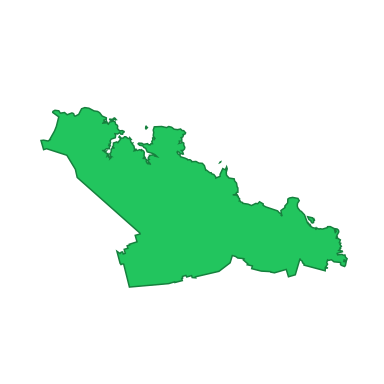 the district of West Tamar, Tasmania, Australia, rotated 335°
{"feature_id": "25037944B75055977098300", "entity_name": "West Tamar", "entity_type": "district", "adm_level": 2, "iso_a3": "AUS", "parent_name": "Australia", "parent_adm1": "Tasmania", "projection": "equal_earth", "projection_center": [146.895, -41.264], "detail": "fine", "context": "isolated", "style": "filled", "palette": "green", "viewbox_px": 384, "rotation_deg": 335, "n_neighbors": 0, "source": "geoboundaries", "source_scale": "gbopen_adm2", "svg_char_len": 6075}
<svg xmlns="http://www.w3.org/2000/svg" viewBox="0 0 384 384"><g transform="rotate(335 192 192)"><path d="M99.6,228.5L95.1,251.7L132.2,265.2L138.3,266.1L138.2,266.8L145.8,268.2L146.1,266.0L147.0,266.2L147.7,264.5L151.2,265.0L151.3,266.8L156.3,267.6L156.0,269.6L159.1,271.4L159.2,270.3L182.9,275.3L196.6,272.3L201.7,266.6L204.3,268.9L205.6,271.2L210.7,274.2L211.0,274.7L209.8,275.2L212.2,280.7L211.3,281.3L215.5,284.5L213.7,286.7L221.4,293.0L229.6,297.4L229.5,297.9L232.6,300.1L244.7,302.0L243.6,309.6L250.6,310.7L261.9,297.9L261.5,299.2L262.7,301.4L262.3,302.9L263.1,304.4L262.6,305.6L279.4,319.7L280.6,317.4L283.1,318.3L281.2,316.6L284.4,314.7L284.2,313.0L286.2,310.8L286.8,311.7L289.7,312.3L291.2,315.3L296.5,318.4L296.8,319.0L296.0,320.3L296.3,321.5L298.8,324.0L300.0,323.4L302.2,320.4L300.1,319.1L301.2,317.8L302.8,319.6L304.4,318.0L303.6,316.0L304.0,313.7L302.5,313.2L301.5,311.9L297.4,310.5L297.6,309.0L303.1,309.7L303.2,309.0L300.3,307.0L302.7,306.1L302.4,305.3L304.4,304.4L303.9,302.0L305.1,301.3L304.1,300.2L306.2,298.1L304.5,295.6L304.7,293.8L302.8,295.4L304.4,293.1L308.2,290.2L308.6,288.5L307.9,286.9L306.0,285.6L306.2,287.1L306.0,288.6L305.8,289.4L306.1,286.9L305.7,287.7L305.3,287.3L305.0,288.8L304.6,290.1L305.4,285.2L302.7,281.8L300.2,280.7L299.7,281.5L294.4,280.7L292.5,279.3L291.5,279.4L290.1,277.7L287.9,278.4L289.4,277.7L289.3,276.8L288.7,277.1L286.4,275.4L284.7,272.9L284.1,270.6L283.7,270.6L284.0,270.5L283.6,268.8L284.3,260.3L282.9,255.8L282.0,254.8L281.2,251.2L281.5,249.1L282.9,246.8L285.5,245.2L285.3,242.6L280.9,239.4L277.7,238.6L275.9,238.9L274.1,242.3L270.2,244.0L269.7,245.4L264.8,246.3L264.1,248.7L263.4,249.1L263.9,250.0L263.6,250.7L263.1,250.9L263.6,251.5L263.6,252.0L263.0,250.9L263.8,249.9L262.2,247.5L261.6,245.3L252.5,236.6L250.8,234.2L251.5,232.9L249.1,229.4L246.6,230.4L245.0,229.3L240.2,229.4L237.7,226.7L233.3,223.8L233.4,222.9L231.9,221.5L231.8,220.0L231.2,220.0L232.3,218.2L231.6,216.4L232.1,215.4L231.4,214.6L231.7,214.0L227.7,211.8L231.6,213.0L231.3,211.9L232.3,211.2L233.5,211.6L235.3,207.7L235.1,206.3L236.1,202.8L235.3,200.0L235.8,197.9L231.5,195.0L230.4,191.4L231.3,188.7L233.7,185.9L234.0,183.8L232.1,185.5L232.4,186.0L232.0,186.4L232.0,185.5L230.8,185.2L229.8,183.8L225.0,187.8L224.1,189.7L219.5,189.4L219.9,188.6L219.2,185.4L217.6,183.9L217.5,182.6L216.3,182.1L214.3,178.2L213.7,178.1L214.4,173.3L213.5,170.4L210.5,168.7L208.5,166.0L204.5,164.4L204.7,163.5L203.8,161.9L201.6,161.0L201.7,160.4L200.2,158.6L196.5,155.2L196.6,153.7L195.3,151.5L195.3,149.5L196.1,149.1L197.1,150.4L197.6,152.7L199.5,153.0L199.6,153.8L200.2,153.9L200.5,151.3L200.0,149.9L201.6,150.5L203.4,149.8L204.4,148.4L204.3,146.1L205.2,144.3L204.6,143.2L200.9,142.5L201.5,142.2L202.0,140.5L204.2,141.6L205.3,139.3L205.1,138.2L206.9,138.2L208.2,137.0L208.2,136.1L210.2,136.5L211.2,135.7L210.4,132.9L208.9,132.0L208.3,130.1L205.3,129.4L202.4,127.6L200.9,124.7L198.6,122.8L196.2,122.9L192.2,119.8L185.4,117.0L183.0,119.5L182.5,121.8L180.9,124.1L180.5,125.3L181.1,127.8L180.5,128.1L180.9,127.0L180.1,126.3L179.1,126.4L178.7,128.0L176.8,129.4L176.6,131.5L175.2,130.9L173.9,131.6L172.4,130.5L172.2,129.4L168.3,128.4L167.2,126.7L164.5,125.2L163.5,125.6L164.3,127.5L166.9,129.4L167.2,131.2L168.5,132.9L168.4,136.7L172.6,140.4L174.3,142.6L175.3,145.2L173.3,143.6L173.9,143.0L172.8,142.1L169.0,140.8L169.0,141.4L167.1,142.2L165.8,144.4L166.4,144.0L166.8,144.1L167.0,144.4L165.0,144.8L166.0,148.5L166.0,149.8L165.4,148.0L164.5,147.2L164.0,147.8L163.5,146.8L163.4,145.0L164.4,143.3L162.8,140.9L161.4,141.0L163.3,140.3L164.0,140.7L163.8,139.0L165.5,135.8L165.4,134.4L164.1,132.4L163.6,133.1L162.6,131.6L160.0,131.3L159.2,130.4L159.6,129.1L158.2,130.5L157.0,130.2L157.8,129.6L158.8,125.8L158.1,123.4L158.9,122.6L158.1,122.5L157.7,121.2L158.3,118.2L159.0,118.5L158.5,116.5L158.0,117.1L156.5,116.3L155.4,114.0L154.2,113.4L152.6,114.1L150.5,113.3L149.9,110.8L149.0,111.4L149.6,111.9L149.4,114.0L145.6,116.0L144.9,115.1L145.6,114.9L141.5,114.4L140.3,116.8L139.2,117.4L140.2,119.8L138.7,118.1L136.8,119.4L135.4,121.8L133.4,122.8L133.8,123.6L133.1,124.5L133.9,125.8L133.0,125.4L133.1,126.7L131.8,127.1L132.2,126.6L131.3,125.5L131.7,123.3L130.2,123.6L132.0,121.6L130.7,120.9L130.7,119.1L131.4,118.7L129.0,118.7L129.8,118.5L129.8,117.3L129.0,117.2L128.4,116.6L128.0,116.7L128.4,116.6L130.0,117.3L132.8,116.6L135.5,117.9L135.9,116.5L136.8,115.9L136.5,114.9L137.4,115.2L137.1,113.8L137.9,114.1L139.3,112.5L139.2,111.2L141.1,109.9L145.4,110.4L146.7,108.5L146.8,106.6L149.1,108.0L151.6,107.6L151.9,109.4L153.5,110.3L154.2,109.3L155.6,109.0L155.5,108.4L156.4,108.9L154.8,106.9L152.3,106.0L151.6,104.3L151.3,102.8L152.5,100.9L152.4,99.6L151.5,98.5L151.9,95.9L150.6,94.6L151.4,94.0L150.7,94.3L149.7,92.5L153.0,93.4L153.3,93.9L152.8,94.8L153.7,94.2L153.6,93.2L153.2,92.3L153.0,92.1L152.7,92.1L153.4,93.6L151.9,92.6L149.2,92.0L148.5,91.2L148.0,91.6L149.5,94.3L146.8,93.8L144.9,95.2L144.5,94.6L144.5,91.4L143.6,91.6L143.2,92.9L140.4,92.0L141.1,91.4L142.4,91.8L142.5,89.6L145.0,89.9L145.7,88.6L142.7,85.2L141.8,81.1L140.5,79.1L137.5,77.1L134.0,72.5L130.5,70.2L127.1,69.9L122.1,73.8L118.1,73.9L117.6,73.2L117.8,70.9L116.6,69.6L111.5,69.2L110.1,66.1L106.0,64.9L105.6,62.1L102.3,60.0L100.0,60.2L99.4,61.1L103.0,67.6L96.8,75.2L93.2,78.6L85.4,84.2L85.7,84.3L85.8,84.5L85.2,84.8L84.6,84.8L85.7,84.4L83.2,85.0L79.4,82.3L76.9,81.5L75.4,90.9L78.5,91.3L94.1,105.8L95.9,122.1L94.1,130.3L127.4,207.1L127.3,208.1L122.2,207.3L121.1,213.9L113.1,212.9L113.0,213.7L110.5,213.3L110.1,215.9L106.3,215.3L105.6,219.4L103.5,219.1L103.8,217.0L102.5,216.6L100.8,217.3L98.9,214.0L96.7,226.3L97.0,227.8L98.1,227.6L99.6,228.5ZM286.4,263.3L286.3,266.3L287.5,268.4L287.8,268.0L287.3,269.3L287.8,270.9L289.2,271.1L290.6,268.6L290.3,266.3L286.4,263.3ZM178.2,113.0L177.7,113.3L176.9,114.6L177.0,115.4L178.8,114.8L178.2,113.0ZM284.7,270.6L284.9,272.3L285.3,272.3L285.2,271.1L284.7,270.6ZM284.0,268.4L284.2,270.0L284.2,268.0L284.0,268.4ZM290.7,270.0L291.1,269.2L291.1,268.2L291.0,268.3L290.7,270.0ZM229.7,177.1L230.4,177.1L230.7,176.8L230.1,176.8L229.7,177.1Z" fill="#22c55e" stroke="#15803d" stroke-width="1.5"/></g></svg>